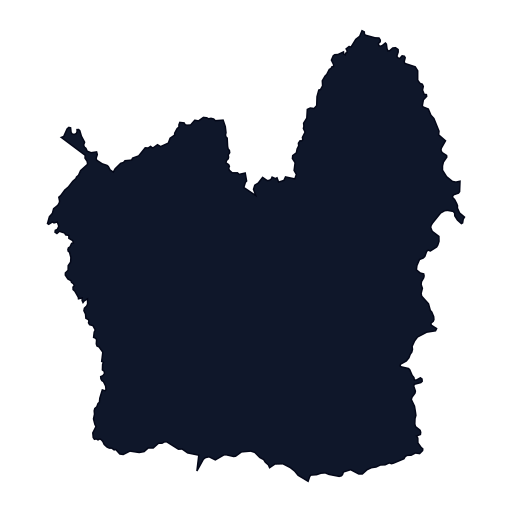 the district of Nova Monte Verde, Mato Grosso, Brazil
{"feature_id": "56859067B49038615674906", "entity_name": "Nova Monte Verde", "entity_type": "district", "adm_level": 2, "iso_a3": "BRA", "parent_name": "Brazil", "parent_adm1": "Mato Grosso", "projection": "natural_earth1", "projection_center": [-57.251, -9.927], "detail": "fine", "context": "isolated", "style": "filled", "palette": "ink", "viewbox_px": 512, "rotation_deg": 0, "n_neighbors": 0, "source": "geoboundaries", "source_scale": "gbopen_adm2", "svg_char_len": 5943}
<svg xmlns="http://www.w3.org/2000/svg" viewBox="0 0 512 512"><path d="M416.9,265.6L419.5,259.5L423.1,258.1L424.8,256.5L426.7,251.3L428.2,250.1L430.3,251.0L436.6,247.0L437.8,245.0L439.0,241.3L438.9,236.4L432.2,231.3L430.7,227.6L431.0,225.6L432.4,223.2L440.6,213.0L444.7,210.7L447.6,210.4L453.2,211.4L454.6,213.0L454.8,215.9L457.4,220.0L461.4,223.6L462.6,222.9L463.2,219.2L464.5,217.1L459.6,213.0L457.4,208.1L457.5,205.7L456.7,203.6L454.5,199.4L452.9,197.9L452.5,196.3L453.6,194.8L458.5,193.1L459.6,191.6L460.0,181.2L455.9,182.1L452.4,181.4L446.6,176.7L442.5,170.2L442.5,165.9L443.4,162.1L446.8,157.1L446.6,155.5L442.0,152.5L440.9,150.1L441.4,148.0L445.5,140.8L438.6,134.8L439.0,131.2L433.9,118.5L430.9,115.2L428.3,109.0L423.2,107.0L422.3,105.8L423.4,99.8L426.7,96.3L426.4,94.6L424.2,94.4L422.5,90.1L423.3,86.4L422.3,84.2L420.0,83.4L417.7,80.2L417.7,70.8L415.2,66.8L404.8,63.4L404.2,61.6L405.2,57.7L404.3,56.2L402.1,55.8L399.6,58.6L398.1,58.0L396.8,56.3L398.2,52.0L398.1,49.5L395.5,47.7L392.7,48.0L389.6,50.8L387.9,50.9L387.0,48.7L386.4,44.1L385.4,43.0L382.2,45.6L380.2,46.3L378.8,45.5L378.4,43.4L380.2,41.8L380.3,40.1L379.0,38.0L375.0,37.8L365.2,35.1L364.4,33.8L364.3,31.9L362.0,30.7L359.7,36.3L355.8,39.3L351.0,47.1L349.1,46.5L346.1,48.9L347.0,50.4L347.1,52.5L345.6,53.2L345.3,54.9L343.6,54.1L343.5,51.9L338.0,54.5L334.8,54.7L333.3,55.7L331.4,60.1L333.5,64.3L333.6,66.6L331.9,66.8L331.0,68.5L329.3,69.4L326.7,74.5L325.1,76.0L322.3,80.8L322.6,85.8L320.5,89.6L318.8,90.0L317.0,96.6L316.7,105.6L314.1,108.5L310.3,108.0L307.3,109.4L306.8,118.1L303.6,123.2L303.9,126.2L303.4,128.5L305.1,132.1L302.4,137.4L302.8,139.7L301.7,140.9L300.0,140.8L298.4,143.2L298.7,145.8L297.1,149.0L296.4,152.8L292.7,155.6L292.4,158.5L295.1,162.7L294.1,170.4L296.4,174.4L294.8,178.9L285.5,176.9L283.9,180.4L278.6,182.1L277.0,177.8L275.4,178.6L272.1,177.1L271.2,179.2L269.2,180.4L267.2,180.6L262.6,177.4L258.2,183.1L254.8,185.2L253.5,189.3L255.8,195.6L243.8,187.5L245.4,182.3L246.6,181.0L245.2,173.0L239.1,174.4L237.5,172.8L232.2,172.8L229.3,170.2L228.7,168.2L229.4,166.3L228.6,164.6L225.9,162.8L226.5,160.5L228.2,158.8L228.6,157.1L228.2,154.9L229.7,152.7L229.4,150.4L228.1,148.9L227.6,146.3L227.2,138.1L225.9,136.8L225.5,134.9L226.0,132.7L225.3,126.6L223.1,120.1L215.3,120.7L213.7,119.0L211.0,118.3L208.5,118.8L206.8,117.8L203.4,117.4L198.5,120.9L194.8,120.2L190.6,125.0L187.0,125.2L185.2,124.8L184.1,122.9L179.8,122.4L178.9,124.9L179.0,127.0L177.1,128.6L174.7,133.1L174.6,135.1L170.1,138.2L168.3,143.1L160.6,146.6L157.5,144.7L153.7,147.5L152.2,147.8L150.6,146.4L148.2,148.0L145.2,147.8L138.7,155.9L132.6,158.1L131.6,160.1L125.0,160.7L123.5,162.5L120.7,163.3L115.1,168.8L113.3,172.1L110.1,169.9L108.3,166.5L107.0,165.4L102.2,163.8L96.7,160.2L96.1,158.3L97.3,154.6L96.6,151.9L91.1,152.7L87.2,151.2L85.9,148.3L84.4,147.1L83.6,145.0L84.6,142.2L81.4,136.2L79.8,130.7L78.6,129.5L77.0,129.6L77.1,131.5L76.3,133.6L74.2,134.4L72.3,134.1L71.1,132.5L70.6,127.8L68.8,127.4L67.1,128.9L63.7,136.5L61.3,137.4L85.2,155.3L85.0,158.1L87.2,161.4L87.6,164.3L80.6,170.6L78.5,175.3L76.5,177.0L75.9,178.6L72.8,181.3L68.4,187.0L64.9,189.9L60.8,195.5L58.8,197.2L59.6,201.2L59.2,203.0L57.8,205.3L53.6,208.7L52.4,213.3L49.4,216.7L47.5,223.5L48.7,224.3L52.4,222.0L54.0,222.9L57.3,222.0L58.8,226.2L57.3,229.4L55.3,230.3L55.0,232.2L56.9,233.5L59.4,231.3L64.6,233.0L65.7,234.9L68.8,235.4L68.9,238.4L72.7,240.6L73.4,243.0L71.6,243.4L70.1,246.8L68.4,247.9L67.9,249.6L68.2,251.2L69.5,252.2L70.9,257.5L70.6,262.1L68.2,265.6L68.1,270.3L65.4,272.9L65.3,275.1L67.9,279.0L71.0,280.7L71.5,282.3L73.4,283.7L74.4,285.5L73.0,287.1L73.1,289.6L74.8,291.1L78.3,297.2L78.5,298.8L82.2,297.9L82.1,300.5L83.0,302.5L84.1,301.0L87.5,298.8L87.6,304.0L86.7,306.0L84.4,308.2L83.9,310.7L85.5,314.0L85.9,318.3L88.4,319.6L88.9,321.2L88.5,322.8L89.6,324.7L92.9,325.6L95.3,330.0L94.2,332.1L93.6,337.4L95.4,338.1L96.6,339.6L96.3,343.9L97.0,346.0L99.0,346.9L102.8,352.2L101.7,361.4L103.5,362.3L102.6,364.3L102.4,369.9L104.3,371.4L104.4,373.8L102.8,375.7L100.7,376.6L100.9,378.8L101.9,380.6L103.5,381.6L105.6,386.0L106.0,389.6L105.1,390.8L102.3,389.9L99.8,398.2L99.4,402.3L98.0,403.5L96.8,406.8L94.8,408.5L94.2,410.8L94.5,414.2L93.5,418.9L94.9,424.4L96.0,426.5L92.8,432.9L93.2,437.5L94.4,439.3L96.3,438.9L98.0,439.9L99.8,438.9L101.4,439.8L102.9,441.6L104.2,444.5L107.1,447.1L109.3,448.1L111.7,448.1L114.1,449.9L115.8,449.5L119.8,454.0L123.2,454.5L129.9,451.1L139.2,452.5L144.1,451.6L148.2,448.0L153.2,448.0L158.4,443.3L162.1,443.2L164.4,441.9L166.7,441.8L178.4,449.2L182.1,449.0L187.6,452.9L198.8,455.2L196.9,471.0L203.4,459.2L205.5,457.6L209.1,456.8L215.3,459.9L223.9,454.9L226.2,454.8L233.7,456.5L235.6,456.2L241.5,451.9L250.7,451.1L254.8,452.4L259.8,457.5L263.7,459.6L265.3,462.2L268.4,464.9L269.6,467.7L275.0,464.0L282.9,463.8L290.3,467.6L294.7,471.1L298.1,475.3L308.1,481.3L309.7,476.5L310.8,475.1L316.6,474.7L321.0,473.2L325.3,472.9L328.9,474.4L339.2,476.4L341.4,475.8L342.5,474.6L343.4,472.0L350.6,469.7L358.8,474.0L362.3,474.0L367.1,469.7L371.4,467.7L376.1,467.0L380.3,465.0L385.2,464.8L389.2,462.9L391.5,463.7L393.6,463.1L403.9,458.8L405.2,456.6L407.0,455.4L411.2,455.2L415.4,453.0L419.6,453.6L422.6,450.6L422.8,448.9L421.0,447.3L417.9,442.9L417.8,438.1L416.5,436.0L420.4,434.5L420.7,432.3L420.1,430.3L415.5,426.6L414.8,424.0L415.0,418.6L415.9,415.4L415.5,412.4L414.5,406.2L411.3,399.5L412.0,397.2L415.0,393.1L415.4,391.1L413.7,386.1L414.3,384.3L420.8,382.6L422.2,381.3L422.0,379.0L420.4,377.8L416.1,380.2L414.3,379.8L413.9,377.5L412.2,375.5L409.7,369.7L408.5,368.5L401.2,366.8L400.0,365.9L400.5,364.2L406.3,361.0L408.9,357.8L410.2,354.3L411.8,352.1L412.5,349.3L412.1,346.4L414.6,340.9L417.5,337.0L426.6,332.2L435.5,330.8L436.6,328.6L431.2,325.1L430.9,323.2L433.2,321.3L433.9,319.6L433.7,316.7L431.8,312.1L430.3,310.4L428.5,303.8L421.7,296.2L421.1,293.5L422.4,288.3L421.1,284.5L421.5,281.6L423.7,277.8L424.1,275.9L423.7,273.9L420.2,273.0L416.4,269.8L416.9,265.6Z" fill="#0f172a" stroke="#020617" stroke-width="1.5"/></svg>